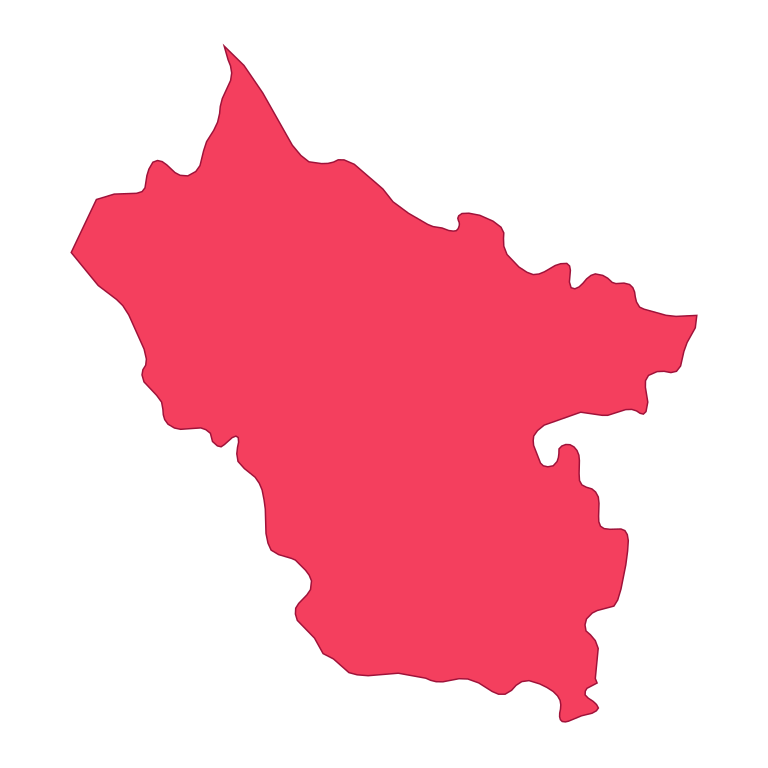 the County of Buzau
{"feature_id": "ROU-314", "entity_name": "Buzau", "entity_type": "County", "adm_level": 1, "iso_a3": "ROU", "parent_name": "Romania", "parent_adm1": "", "projection": "albers", "projection_center": [26.856, 45.281], "detail": "fine", "context": "isolated", "style": "filled", "palette": "rose", "viewbox_px": 768, "rotation_deg": 0, "n_neighbors": 0, "source": "natural_earth", "source_scale": "10m", "svg_char_len": 3349}
<svg xmlns="http://www.w3.org/2000/svg" viewBox="0 0 768 768"><path d="M187.8,175.9L195.8,171.5L200.0,165.6L203.6,150.8L206.6,141.6L213.7,130.4L217.6,122.2L219.6,113.6L220.3,106.4L222.3,98.5L230.6,80.5L231.7,73.0L230.5,65.8L228.1,59.8L224.2,46.1L244.0,65.5L262.8,93.0L292.3,145.2L300.9,155.5L308.9,161.8L321.6,163.6L328.0,163.4L333.5,162.1L338.2,159.8L344.1,159.9L354.3,164.3L382.9,189.0L393.0,201.8L408.4,213.2L427.7,224.4L433.1,226.6L442.1,228.0L448.7,230.5L453.3,231.1L456.3,230.7L458.2,228.6L459.2,225.9L459.4,224.0L459.1,222.1L458.4,220.6L457.8,218.2L458.7,215.8L462.0,213.5L468.9,213.2L479.8,215.3L493.1,221.2L501.0,227.2L503.8,232.9L503.5,238.4L503.8,246.2L507.0,254.5L518.9,267.0L527.0,272.3L533.2,274.6L539.0,274.0L544.4,271.8L555.2,265.5L560.7,263.7L566.8,263.4L569.6,266.0L570.4,270.3L569.4,282.0L571.1,287.7L574.9,288.8L579.1,286.9L583.0,283.2L586.6,278.9L591.0,275.4L595.3,273.9L602.8,275.4L607.7,278.2L612.2,282.4L615.9,283.6L624.0,283.1L629.6,284.5L632.8,287.6L634.6,292.0L635.3,297.0L636.5,302.0L639.6,307.1L644.1,309.2L666.0,315.3L676.0,316.4L696.8,315.4L695.3,327.8L687.1,342.5L683.9,351.4L680.6,366.0L676.5,371.3L670.9,372.6L664.1,371.3L657.1,371.6L648.5,375.4L645.5,380.7L645.4,387.3L647.8,402.1L646.0,411.6L643.4,414.1L640.1,413.3L636.5,410.9L631.8,409.4L625.7,409.6L607.8,415.3L602.1,415.3L580.7,412.2L544.2,425.1L537.5,430.6L533.7,436.0L533.2,440.6L533.6,445.4L540.5,463.1L543.3,465.8L547.8,466.8L553.2,465.8L557.1,461.5L558.4,457.5L558.9,453.4L559.0,448.9L561.8,446.0L565.8,444.5L570.0,444.7L574.0,446.9L577.0,450.5L578.9,455.2L579.4,460.5L579.1,473.6L579.5,480.6L581.9,484.9L586.3,487.2L591.9,488.9L595.6,492.0L598.3,497.0L599.0,503.3L598.6,516.2L598.8,521.7L600.5,526.2L604.1,528.6L609.9,529.3L621.0,529.0L624.9,530.6L627.3,534.6L628.3,540.6L627.6,551.1L625.8,564.9L621.0,589.0L617.7,600.0L613.9,606.1L597.3,610.5L592.3,613.0L586.5,618.9L585.0,624.9L586.0,630.9L590.5,634.9L595.3,640.6L598.2,648.4L595.3,678.5L597.1,683.0L587.0,688.3L585.3,691.1L585.1,694.9L588.2,698.1L593.2,701.4L596.5,704.5L598.4,708.0L596.4,710.8L592.1,713.2L581.5,715.8L568.5,721.2L565.4,721.9L562.2,721.5L560.4,719.7L559.6,716.7L559.7,713.1L560.5,709.2L560.8,704.8L560.1,700.4L557.6,695.9L553.2,691.5L547.0,687.5L539.7,683.9L529.0,680.6L521.8,681.6L516.1,685.3L511.6,690.3L505.1,694.2L498.5,694.2L492.2,691.5L478.7,682.9L467.8,679.0L459.0,678.7L442.9,681.8L436.1,681.7L430.6,680.3L425.8,678.2L398.3,673.2L368.1,675.7L357.1,674.8L348.9,672.6L333.4,658.9L323.1,653.6L314.5,638.1L297.3,620.4L295.4,614.0L295.7,608.2L298.7,603.4L306.9,594.9L310.5,589.6L311.5,580.9L309.2,575.2L305.6,570.3L295.4,560.1L291.5,558.4L278.6,554.6L271.1,550.1L268.0,543.2L266.0,533.5L265.3,509.1L264.1,500.1L262.1,489.9L259.3,483.3L255.1,477.2L244.4,468.6L238.0,461.4L236.8,453.8L237.5,447.4L238.6,442.2L238.2,437.5L235.9,436.1L232.2,437.6L224.5,444.5L221.1,446.8L217.4,445.9L212.5,441.5L210.4,433.3L205.9,429.7L200.8,427.9L180.6,429.3L174.4,428.0L168.0,424.2L164.7,419.6L163.3,414.8L162.9,409.3L161.6,402.1L156.7,395.4L144.0,381.9L142.0,374.9L142.9,369.7L145.7,365.2L146.4,359.1L144.1,349.1L128.8,315.0L122.8,305.6L116.6,299.5L98.2,285.5L71.2,252.5L96.4,199.5L114.2,194.1L136.6,193.3L142.1,191.6L145.0,187.8L146.9,175.6L148.9,169.1L152.9,162.2L157.5,160.5L162.2,161.6L166.7,164.8L175.0,172.6L180.1,175.3L187.8,175.9Z" fill="#f43f5e" stroke="#9f1239" stroke-width="1.5"/></svg>